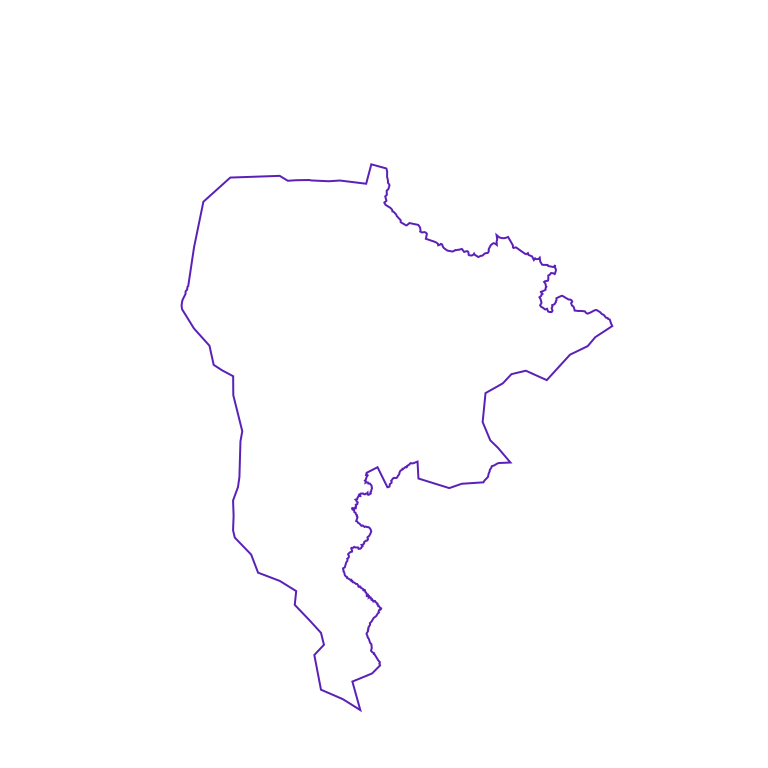 Cecerleg, Hövsgöl, Mongolia, rotated 56°
{"feature_id": "93677404B82623555846083", "entity_name": "Cecerleg", "entity_type": "district", "adm_level": 2, "iso_a3": "MNG", "parent_name": "Mongolia", "parent_adm1": "Hövsgöl", "projection": "albers", "projection_center": [98.091, 49.505], "detail": "fine", "context": "isolated", "style": "outline", "palette": "violet", "viewbox_px": 768, "rotation_deg": 56, "n_neighbors": 0, "source": "geoboundaries", "source_scale": "gbopen_adm2", "svg_char_len": 6165}
<svg xmlns="http://www.w3.org/2000/svg" viewBox="0 0 768 768"><g transform="rotate(56 384 384)"><path d="M126.9,396.0L131.9,431.8L164.4,465.0L193.3,491.5L193.5,492.5L195.8,494.6L196.0,496.2L196.5,496.9L198.3,498.1L201.4,503.6L202.7,505.2L205.8,508.0L209.2,509.6L231.6,510.5L254.7,507.3L272.9,514.5L282.1,510.6L293.2,504.7L309.0,515.2L343.9,527.9L351.3,535.1L380.3,555.9L387.8,562.7L396.2,574.3L409.2,582.4L420.8,590.9L427.9,593.6L451.1,589.5L470.0,593.9L489.0,580.5L506.6,572.6L517.2,581.5L538.7,577.8L555.1,575.4L566.6,579.6L569.7,593.3L602.2,607.2L622.4,594.3L641.1,586.0L613.0,576.6L617.3,555.7L615.1,544.6L613.2,544.2L613.0,543.5L611.9,542.9L610.6,543.3L602.9,543.0L602.3,543.4L601.6,542.7L599.9,543.7L597.8,543.9L596.1,541.8L592.5,539.9L590.9,540.3L586.5,539.0L585.0,539.3L583.9,538.6L582.7,538.6L581.1,538.0L579.9,535.3L578.8,534.9L578.5,533.9L577.6,533.6L577.3,533.0L577.0,532.9L575.8,530.1L574.4,529.5L574.0,527.2L572.2,523.5L572.0,520.1L570.8,517.6L570.6,516.0L569.9,516.0L568.7,514.5L568.6,514.2L569.0,513.7L569.0,512.6L568.4,511.8L567.4,512.4L565.5,512.4L565.0,513.0L564.1,512.5L563.1,512.9L562.4,512.2L560.1,512.9L558.9,512.8L558.5,513.2L558.6,514.1L558.4,514.5L557.1,514.2L556.2,514.9L555.9,514.3L555.3,514.2L554.4,515.1L553.5,514.4L552.5,515.2L552.5,515.7L551.9,515.0L551.4,514.9L551.2,515.0L551.4,515.8L550.2,516.9L549.8,516.6L549.3,515.2L548.0,515.9L547.0,515.4L545.8,515.8L544.1,515.1L543.7,515.4L543.7,516.3L543.5,516.5L542.4,516.0L539.8,517.2L538.7,516.9L538.2,517.4L538.2,518.2L537.6,518.5L536.8,518.0L534.8,518.1L533.9,519.1L531.9,519.7L530.9,520.7L529.7,520.4L529.4,521.1L529.0,521.3L528.0,520.6L527.4,521.5L525.2,522.4L524.4,523.1L523.2,522.6L522.3,523.2L520.7,523.4L517.9,522.3L516.7,522.4L516.3,521.9L514.4,521.4L513.9,520.9L514.1,519.1L510.6,514.8L510.3,513.5L509.0,512.3L508.3,512.2L508.2,510.6L507.9,510.0L506.9,509.2L505.4,509.1L504.9,508.7L504.5,506.0L505.1,504.3L504.5,503.7L502.0,503.1L501.7,502.6L502.6,501.1L502.4,499.7L503.5,499.1L505.2,496.8L506.5,497.2L507.3,495.7L507.3,494.8L506.6,493.7L506.4,492.4L504.9,492.5L505.3,491.3L505.3,490.2L505.0,489.6L504.0,488.9L503.8,486.3L504.4,485.5L504.3,485.0L503.5,483.9L501.9,483.5L501.7,482.7L501.7,481.3L500.4,478.9L499.0,476.9L496.2,476.3L494.1,476.8L493.0,478.2L491.9,478.9L491.6,480.1L489.4,480.7L489.0,482.0L486.0,482.4L484.7,483.1L483.0,483.1L482.1,483.7L479.6,480.4L478.6,480.6L477.8,479.8L476.4,480.1L474.9,479.6L473.8,480.2L471.5,479.3L471.1,479.4L470.6,480.3L469.2,480.0L469.1,479.6L471.1,477.5L471.2,476.8L470.5,476.3L469.2,476.6L469.9,476.1L469.8,475.6L468.3,474.9L468.7,473.4L467.4,472.0L466.1,472.4L464.9,471.9L464.0,472.1L464.5,470.6L463.6,469.7L462.6,467.6L463.7,466.3L462.8,465.9L461.8,466.2L461.9,464.6L462.9,462.7L463.9,462.4L464.8,461.5L464.8,460.1L465.3,459.5L465.0,458.5L466.6,459.3L467.2,458.8L467.4,458.0L467.4,456.2L466.1,455.8L465.9,454.7L464.7,453.7L463.8,452.3L461.1,451.1L458.6,451.4L457.8,452.7L456.7,452.4L455.6,453.6L455.5,454.5L454.7,453.7L453.4,453.8L453.4,452.7L452.7,452.2L451.0,449.8L450.6,448.6L449.8,448.7L449.7,449.6L449.5,449.8L447.9,448.1L449.4,435.9L471.5,438.9L471.9,438.1L472.1,436.8L470.3,435.2L470.1,433.0L469.5,432.4L468.3,432.2L467.7,430.2L467.4,429.8L467.3,428.4L468.7,426.6L468.8,425.3L467.9,423.8L467.4,421.9L466.2,420.8L465.3,419.4L465.1,418.5L465.2,416.3L464.7,416.0L465.1,415.5L464.8,412.6L465.6,412.1L465.5,411.1L464.8,410.7L465.0,408.0L464.5,407.1L464.5,406.3L464.7,405.8L465.3,405.5L466.0,404.3L467.1,399.6L481.6,408.3L506.8,388.1L510.2,375.3L521.1,356.6L520.2,354.6L519.2,349.8L516.8,347.3L515.4,345.1L514.5,344.5L513.4,341.8L512.4,340.6L513.1,338.4L513.3,334.2L513.9,332.7L519.8,323.1L500.7,325.2L490.1,327.4L470.7,323.5L448.3,304.9L449.9,285.1L447.1,272.8L452.3,259.0L471.8,246.9L463.7,213.4L466.5,193.9L463.3,182.6L463.6,162.3L461.1,162.0L456.8,160.8L455.1,161.9L454.4,161.7L453.0,162.9L449.9,163.1L447.7,164.3L445.5,164.6L441.7,166.3L441.1,167.0L440.6,168.7L440.2,172.9L439.5,175.9L438.1,176.7L436.0,176.9L433.3,180.2L432.5,181.6L429.7,184.9L427.3,183.9L425.6,183.7L423.9,184.3L421.5,183.6L421.0,181.9L419.5,181.7L418.1,182.4L417.1,183.8L410.7,186.8L410.2,187.4L409.3,193.1L411.0,194.1L411.4,195.3L412.2,195.7L413.2,198.1L412.7,200.6L414.2,201.2L414.8,202.6L417.5,203.3L418.1,204.8L416.7,206.7L415.6,207.4L412.8,206.8L412.5,208.4L411.9,209.0L410.3,209.3L407.8,210.6L406.1,210.6L405.0,208.3L404.3,207.8L401.0,206.7L399.0,206.6L398.9,204.5L398.2,203.8L398.0,202.2L395.5,202.6L395.3,202.4L396.0,199.7L396.2,197.3L394.8,196.4L394.2,195.0L393.4,195.1L391.3,194.1L388.9,194.2L388.8,193.3L390.0,190.3L388.9,189.1L385.9,187.1L386.1,185.6L385.4,183.5L386.9,181.7L388.3,181.0L388.0,180.4L386.0,178.0L384.9,177.3L383.0,177.2L381.1,175.6L381.8,177.3L381.6,178.3L378.0,181.9L376.8,181.8L374.1,185.6L373.4,186.2L369.9,186.0L366.4,184.3L366.8,185.9L365.7,187.9L365.1,188.4L364.3,188.5L365.0,190.4L361.0,189.9L357.8,192.0L356.0,191.5L355.9,193.5L354.8,194.3L344.5,198.2L343.6,200.6L342.8,200.7L341.1,199.6L331.5,198.9L330.9,201.4L330.3,202.9L328.8,204.9L326.8,206.5L323.5,207.4L327.3,209.2L328.9,211.0L331.8,212.7L330.0,213.3L328.6,214.3L328.4,215.2L328.6,217.8L330.7,221.7L332.7,223.1L333.3,224.3L333.3,225.0L332.5,226.3L332.2,227.6L332.6,230.6L331.9,232.1L331.5,234.8L327.6,236.5L326.3,236.4L326.7,237.3L326.7,238.7L326.4,239.6L325.0,241.3L324.2,241.6L322.1,240.4L321.2,240.3L320.2,241.0L319.3,243.7L315.6,243.9L314.5,247.0L314.0,247.8L313.4,249.4L312.8,250.0L312.9,251.0L312.5,253.1L308.9,256.8L305.0,258.3L303.2,258.4L300.8,257.8L299.6,258.6L299.8,259.9L299.3,261.5L297.9,260.9L295.5,261.7L287.0,268.1L283.7,264.6L283.0,264.4L281.3,265.0L280.7,265.5L279.6,267.8L277.9,268.7L277.7,268.2L274.6,266.6L271.3,266.6L264.8,272.9L265.2,276.4L264.9,276.9L259.2,279.7L257.5,278.6L252.0,279.5L250.3,279.1L246.4,279.8L245.6,280.5L244.0,279.8L241.6,280.2L236.5,282.5L234.0,282.4L233.7,282.2L233.6,279.8L233.4,279.5L229.2,278.1L228.8,275.9L225.4,273.8L225.1,273.2L225.0,271.7L222.7,268.6L221.6,268.1L219.3,268.2L217.9,267.1L213.8,265.5L209.8,262.7L207.1,261.6L206.4,261.7L194.8,271.7L208.0,286.8L190.7,306.7L185.1,316.3L174.7,330.3L173.0,332.0L165.8,343.1L161.7,350.1L153.1,354.1L126.9,396.0Z" fill="none" stroke="#5b21b6" stroke-width="2"/></g></svg>